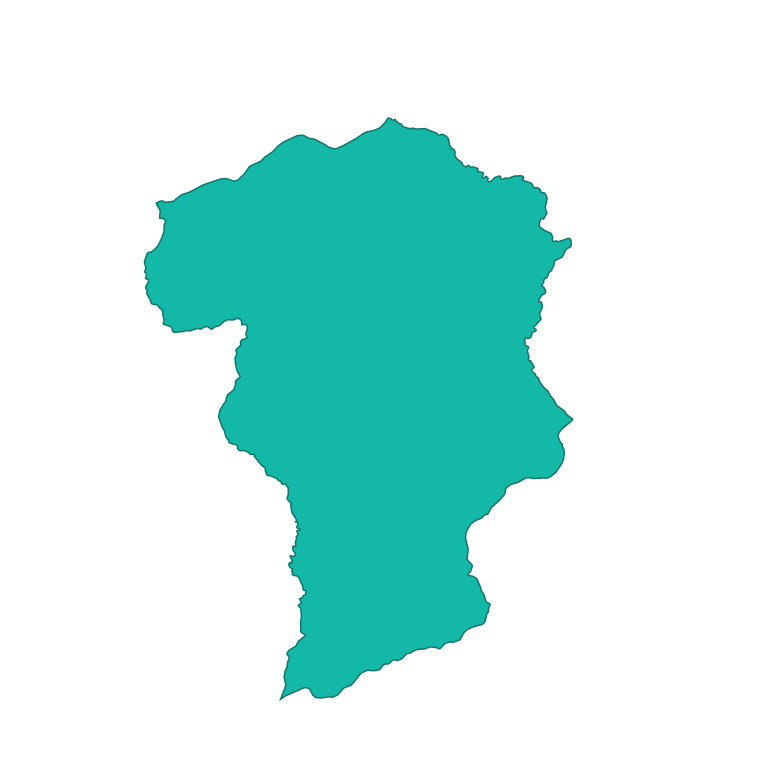 Pácora, Caldas, Colombia, rotated 64°
{"feature_id": "7082276B78665343411960", "entity_name": "Pácora", "entity_type": "district", "adm_level": 2, "iso_a3": "COL", "parent_name": "Colombia", "parent_adm1": "Caldas", "projection": "robinson", "projection_center": [-75.464, 5.501], "detail": "fine", "context": "isolated", "style": "filled", "palette": "teal", "viewbox_px": 768, "rotation_deg": 64, "n_neighbors": 0, "source": "geoboundaries", "source_scale": "gbopen_adm2", "svg_char_len": 6170}
<svg xmlns="http://www.w3.org/2000/svg" viewBox="0 0 768 768"><g transform="rotate(64 384 384)"><path d="M146.7,263.8L149.2,267.9L152.0,274.9L151.8,281.0L149.8,289.4L149.8,293.0L151.1,300.7L151.9,316.3L151.6,323.3L150.9,325.4L147.3,329.7L143.8,331.6L133.3,339.3L130.0,344.1L125.7,346.9L124.1,349.3L122.7,353.6L122.5,367.7L123.4,374.1L126.6,382.9L127.8,391.6L129.7,396.9L129.5,409.4L134.1,417.8L136.6,425.9L136.4,428.4L135.5,430.5L131.8,433.9L129.5,437.2L128.0,441.5L125.8,459.1L126.3,474.6L125.1,482.9L127.4,493.2L125.9,498.6L124.5,501.1L121.9,503.4L121.4,506.6L122.3,508.6L120.8,509.2L124.2,509.6L128.8,509.0L130.6,509.4L136.5,513.0L139.1,509.2L142.2,509.0L144.6,511.8L150.5,514.9L154.5,518.8L160.4,526.1L162.3,530.4L163.0,533.8L163.3,535.8L162.4,537.7L162.7,539.4L168.9,545.7L175.6,547.3L178.4,550.1L180.4,549.3L181.9,549.5L183.7,551.5L184.9,551.9L187.3,549.9L189.1,551.3L192.4,555.8L193.9,556.2L196.1,555.8L198.9,557.6L205.5,557.2L209.2,557.8L210.4,557.4L213.6,552.9L217.0,552.4L221.1,550.7L224.5,552.3L230.6,553.8L232.7,555.9L233.5,556.0L239.4,550.1L241.5,550.1L243.5,551.0L244.9,550.5L246.0,549.0L248.3,542.9L249.4,538.4L251.5,534.4L251.4,532.1L252.4,527.2L254.3,524.8L254.0,521.1L254.4,518.5L255.9,516.8L258.1,515.9L259.3,514.6L258.5,510.7L259.4,506.5L257.7,500.6L257.7,496.4L260.3,491.6L260.7,486.8L262.5,485.1L264.9,484.3L267.4,485.5L268.7,485.5L269.8,482.2L270.7,481.7L273.5,481.8L278.5,486.3L282.2,486.9L282.5,488.5L282.0,492.7L283.6,494.8L286.3,495.6L287.9,500.9L289.0,502.4L292.2,503.0L295.8,506.7L301.4,508.9L308.1,510.3L314.4,510.0L315.0,511.2L315.5,514.5L316.5,516.1L320.4,518.5L323.2,521.4L325.3,529.6L330.2,534.1L335.2,542.6L340.8,547.0L351.5,548.3L355.8,548.0L362.7,549.3L366.2,548.5L369.0,548.9L374.2,543.2L375.3,542.9L378.0,543.8L379.8,543.5L380.9,542.5L382.7,538.5L385.8,536.0L388.5,535.0L390.2,531.8L391.2,531.6L392.3,532.3L401.9,530.1L407.5,527.6L410.5,528.9L414.9,529.0L417.5,525.4L420.2,523.5L421.4,521.9L424.8,521.1L425.8,519.5L428.3,519.6L429.7,519.0L430.7,516.1L433.5,516.2L434.8,515.4L441.0,518.3L444.6,521.5L448.1,520.7L449.7,519.4L452.3,521.0L459.2,523.1L468.2,522.1L469.1,524.0L470.4,522.6L471.8,522.3L474.3,525.2L475.1,525.3L477.9,523.0L478.5,523.9L477.8,525.7L478.0,526.9L480.8,527.0L481.7,527.6L482.9,530.0L484.9,530.5L486.4,532.3L488.3,533.5L491.1,534.1L491.0,535.3L489.8,536.6L490.3,537.6L493.8,538.6L496.6,538.1L499.1,538.7L499.5,540.9L497.9,542.3L497.4,543.8L498.6,544.2L502.5,543.6L502.8,544.6L504.3,545.3L503.2,547.2L504.5,548.8L507.2,549.0L510.3,547.5L511.9,548.9L513.5,549.0L515.1,550.0L516.4,549.2L518.2,546.4L520.5,545.3L526.3,545.7L529.6,545.5L533.5,546.9L535.7,544.9L538.9,546.9L538.8,549.1L540.3,551.5L540.0,554.0L545.0,554.4L545.1,557.1L545.6,558.2L548.7,557.1L555.0,559.4L558.7,561.2L560.5,562.9L568.3,566.4L569.7,567.5L571.2,567.2L575.3,564.6L576.2,565.3L576.1,566.8L577.7,573.6L581.0,578.4L581.7,586.3L583.0,588.6L584.4,589.7L587.1,588.9L589.8,589.9L591.5,592.5L595.9,595.2L598.8,598.8L603.5,602.2L611.8,604.2L622.0,615.1L621.1,609.5L621.9,590.0L622.4,587.7L624.3,585.3L625.7,584.5L632.4,584.4L635.8,582.9L638.7,578.2L641.2,569.9L642.6,568.4L643.1,566.9L643.1,561.7L639.6,553.6L640.3,545.2L633.8,531.3L633.9,524.3L637.1,519.2L638.7,513.9L638.7,512.6L636.4,508.5L636.3,505.4L637.4,503.2L637.5,501.8L635.8,496.8L638.5,492.8L638.7,489.8L638.6,487.4L636.5,482.9L636.7,479.9L637.5,478.7L636.9,475.4L637.2,470.0L639.8,464.0L640.6,457.5L644.2,452.1L646.0,450.8L646.4,449.6L644.1,443.2L644.0,441.8L644.7,438.1L646.7,434.1L647.2,427.7L642.7,421.5L641.3,417.6L641.3,410.7L643.1,401.6L642.9,399.5L641.5,397.0L635.9,392.6L634.5,390.0L631.4,388.2L629.1,385.4L627.6,385.5L625.2,387.3L623.9,387.7L617.1,386.6L612.0,387.1L609.2,386.4L599.8,385.9L596.0,388.2L593.6,391.2L592.3,392.1L591.6,391.4L590.4,388.3L586.2,384.3L584.5,384.3L580.8,385.7L577.6,386.0L569.5,380.8L558.2,378.3L553.8,375.5L551.7,373.5L548.2,367.8L547.3,364.8L546.8,361.4L547.3,354.9L545.8,351.3L546.4,347.7L542.2,341.9L539.3,331.8L536.4,324.7L534.8,322.8L531.3,320.5L529.8,314.7L531.2,306.7L530.6,297.7L531.7,294.7L534.4,291.3L538.7,281.0L539.7,279.6L540.3,276.9L540.3,275.0L538.8,268.3L533.1,258.6L530.5,255.9L525.3,252.2L521.5,251.0L517.9,251.0L516.3,249.9L514.4,251.0L507.2,250.6L505.0,248.9L502.4,244.0L499.3,231.2L498.4,229.8L491.3,233.4L487.4,233.6L478.6,238.4L472.6,238.3L466.0,239.9L462.5,239.7L457.2,241.9L451.8,242.9L448.2,243.1L446.6,242.4L443.7,244.0L441.1,243.7L437.4,245.7L436.0,244.9L434.7,241.6L427.4,242.1L426.1,243.5L425.2,243.7L423.3,241.8L417.0,240.7L414.6,238.0L413.8,237.9L411.5,240.0L409.8,240.0L408.7,238.7L406.9,239.0L404.6,236.6L404.5,236.0L406.4,234.6L406.4,231.7L402.5,227.8L403.0,225.1L402.2,223.4L401.5,223.4L399.6,225.1L398.7,224.7L394.5,214.4L389.1,213.5L384.6,208.2L382.3,207.1L379.0,206.8L378.2,209.1L377.2,209.0L373.4,203.6L373.2,199.9L372.2,198.2L367.7,197.8L364.7,199.2L362.5,195.8L360.7,195.0L359.8,193.3L359.8,190.5L356.1,187.1L355.6,184.1L351.5,178.9L348.1,177.0L347.9,167.9L342.6,161.2L342.5,156.2L341.2,154.8L336.7,152.9L335.5,152.9L334.0,153.9L332.6,164.9L331.0,166.3L330.4,168.8L329.5,169.6L328.2,169.5L325.9,168.0L321.9,167.8L316.4,172.4L310.7,175.3L307.7,174.0L304.4,171.0L304.3,169.6L305.7,168.4L302.1,162.9L296.1,161.8L288.9,156.2L286.7,155.6L282.9,155.8L280.5,158.8L277.9,158.5L275.8,159.0L273.2,163.2L269.0,163.4L267.3,164.3L261.5,170.2L260.6,170.0L260.2,168.3L259.6,167.9L258.4,168.0L256.9,169.5L254.2,176.0L253.6,181.9L253.1,183.5L252.0,184.4L252.0,187.7L250.9,189.1L248.4,188.4L247.4,189.7L247.0,193.9L248.6,198.6L248.2,201.4L246.5,201.8L245.1,200.4L243.7,200.4L241.9,201.5L242.5,203.3L242.0,204.9L240.7,204.9L238.8,202.6L237.7,202.3L236.7,203.0L234.7,206.2L233.5,206.6L232.0,205.2L230.8,205.5L230.2,206.9L228.7,207.6L226.9,211.3L224.3,212.4L224.9,215.0L222.2,217.3L219.0,216.9L213.5,219.8L210.5,220.1L209.1,220.0L206.9,218.5L205.4,218.2L203.6,218.4L202.2,220.1L201.2,220.3L199.8,219.9L198.0,220.4L191.9,218.6L188.6,219.4L185.6,221.7L184.6,223.1L184.7,225.1L184.1,226.4L182.0,226.5L172.5,235.0L168.8,243.7L167.1,245.3L165.4,249.5L164.4,250.6L161.0,254.1L157.8,254.6L156.0,256.9L154.1,256.8L152.6,258.6L151.2,257.9L150.5,261.1L148.7,261.3L146.7,263.8Z" fill="#14b8a6" stroke="#0f766e" stroke-width="1.5"/></g></svg>